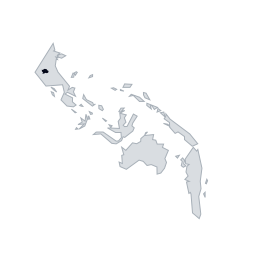 location of Yalimo, Papua, Indonesia, rotated 212°
{"feature_id": "22746128B10188501962211", "entity_name": "Yalimo", "entity_type": "district", "adm_level": 2, "iso_a3": "IDN", "parent_name": "Indonesia", "parent_adm1": "Papua", "projection": "orthographic", "projection_center": [139.502, -3.785], "detail": "fine", "context": "in_parent", "style": "filled", "palette": "ink", "viewbox_px": 256, "rotation_deg": 212, "n_neighbors": 0, "source": "geoboundaries", "source_scale": "gbopen_adm2", "svg_char_len": 4699}
<svg xmlns="http://www.w3.org/2000/svg" viewBox="0 0 256 256"><g transform="rotate(212 128 128)"><path d="M78.9,104.3L82.8,110.3L88.9,109.3L92.0,106.3L97.4,107.8L101.6,106.6L107.5,92.1L114.3,91.1L117.5,94.4L114.0,94.9L118.8,101.5L117.4,103.1L123.2,108.4L118.0,107.9L116.3,117.8L112.3,119.3L110.1,123.3L111.5,125.9L110.1,130.3L102.8,136.0L101.0,131.2L98.0,132.4L94.7,129.8L89.3,133.2L88.5,129.8L81.9,130.4L80.5,121.6L77.1,119.2L75.7,113.2L76.3,107.2L78.9,104.3ZM19.6,88.9L28.3,90.2L39.5,105.3L41.0,106.4L41.7,104.8L49.8,113.2L47.8,115.2L52.5,114.5L51.6,119.1L55.5,121.4L57.7,126.8L56.9,129.5L60.1,128.2L63.0,131.9L62.4,146.2L57.5,144.8L57.4,146.8L44.0,133.1L38.5,121.1L33.9,115.2L31.7,107.4L20.6,93.5L19.6,88.9ZM236.4,126.0L236.3,160.1L231.3,155.3L231.9,153.9L225.5,155.5L226.5,152.1L224.7,150.4L225.3,150.1L226.4,150.2L227.0,150.0L224.0,148.7L225.3,148.3L222.6,142.1L217.0,138.3L199.7,132.4L199.0,128.4L196.8,132.9L194.2,133.7L193.4,129.7L189.3,127.1L198.3,126.2L199.4,123.4L191.0,124.2L189.0,120.7L184.2,120.0L185.5,117.0L191.4,114.3L199.7,116.3L200.9,124.5L206.4,130.0L219.8,120.1L236.4,126.0ZM152.8,107.7L147.0,111.4L131.1,110.6L129.2,112.0L128.5,116.3L131.6,120.5L136.1,117.6L145.4,117.2L135.0,123.1L139.8,128.4L139.6,132.2L142.8,136.2L136.4,138.2L136.5,134.7L132.8,131.8L133.6,127.8L131.6,127.4L129.6,128.9L130.8,142.7L126.5,142.9L126.6,134.7L125.8,131.9L122.8,131.4L122.3,127.9L125.8,118.3L127.5,118.0L126.8,113.9L129.6,108.3L133.6,106.4L147.9,108.6L153.9,104.1L152.8,107.7ZM63.8,146.6L73.9,148.1L75.6,150.7L83.5,151.2L85.2,148.4L93.2,150.8L95.7,154.6L102.2,155.0L102.3,158.3L103.4,160.1L97.0,157.8L72.5,155.7L60.5,151.6L63.8,146.6ZM167.3,108.3L172.2,104.4L170.0,108.8L173.3,111.5L168.1,111.1L170.9,117.4L167.1,114.0L165.7,106.8L168.9,101.2L167.3,108.3ZM169.8,127.7L182.0,129.0L183.3,132.8L178.3,130.0L171.4,130.8L169.4,129.3L168.3,131.1L169.8,127.7ZM143.1,158.3L134.5,160.2L128.4,159.1L132.3,156.6L140.8,158.4L143.6,155.6L143.1,158.3ZM118.3,156.5L124.0,157.1L125.1,159.0L113.9,161.1L115.5,157.7L119.5,159.5L120.8,158.7L118.3,156.5ZM153.8,159.8L154.2,163.6L147.8,167.1L147.9,163.5L153.8,159.8ZM62.9,124.3L64.3,128.5L66.4,128.9L65.8,131.6L62.8,130.4L61.8,127.1L58.9,126.5L60.3,124.0L62.9,124.3ZM223.6,155.7L219.1,156.3L221.3,152.0L224.9,151.1L226.0,152.7L223.6,155.7ZM129.6,162.6L132.4,164.3L133.7,166.3L131.1,167.1L124.5,163.5L129.6,162.6ZM162.9,129.0L164.8,131.8L162.1,132.9L158.8,130.8L159.0,129.1L162.9,129.0ZM102.6,157.0L108.6,158.1L106.1,160.5L102.6,157.0ZM111.8,156.9L112.9,160.5L109.4,160.1L111.8,156.9ZM72.6,129.3L70.0,132.1L70.1,128.7L72.6,129.3ZM202.9,140.9L203.7,145.4L202.3,145.6L201.0,142.3L202.9,140.9ZM100.4,150.7L96.1,152.3L94.1,151.5L100.4,150.7ZM144.4,137.0L144.5,141.1L141.8,142.9L142.7,137.4L144.4,137.0ZM25.8,110.0L29.0,112.2L28.6,114.4L25.8,110.0ZM34.0,126.3L32.6,125.5L32.0,122.2L33.0,122.1L34.0,126.3ZM186.3,154.5L185.3,152.8L187.8,149.8L187.8,152.5L186.3,154.5ZM180.9,112.9L186.0,114.0L180.2,113.7L180.9,112.9ZM150.4,121.7L155.0,122.8L150.0,122.7L150.4,121.7ZM142.3,139.0L140.0,141.1L142.0,137.4L142.3,139.0ZM207.1,115.8L209.7,116.1L212.3,118.1L209.8,118.5L207.1,115.8ZM163.1,153.0L161.5,154.5L158.1,154.8L158.9,153.1L163.1,153.0ZM202.8,146.2L201.7,148.3L200.5,148.3L200.6,144.9L202.8,146.2ZM169.5,121.4L166.4,121.8L165.6,121.1L166.9,119.7L169.5,121.4ZM207.5,120.7L211.4,121.0L215.0,121.8L211.5,122.3L207.5,120.7ZM142.8,119.3L145.8,120.7L142.7,121.5L142.8,119.3ZM171.9,101.0L169.8,100.7L171.8,99.1L171.9,101.0ZM151.0,157.1L154.3,155.8L154.8,156.6L151.0,157.1ZM180.9,121.4L180.3,123.3L177.7,122.4L179.0,121.8L180.9,121.4ZM110.5,133.6L109.3,135.0L110.2,131.0L110.5,133.6ZM166.4,114.4L168.1,116.9L167.5,117.3L165.1,115.4L166.4,114.4Z" fill="#d9dde1" stroke="#a8b0b8" stroke-width="1"/><path d="M228.5,130.4L228.4,130.5L228.3,130.8L228.2,131.0L228.1,131.3L227.9,131.4L227.8,131.5L227.7,131.6L227.5,131.8L227.5,132.0L227.4,132.0L227.2,132.0L227.0,131.9L226.9,131.9L226.8,132.0L226.7,132.0L226.4,132.1L226.2,132.3L226.2,132.5L226.3,132.8L226.2,132.8L225.9,132.9L225.9,133.0L226.0,133.0L226.1,133.3L226.2,133.5L226.4,133.5L226.5,133.5L226.6,133.4L226.8,133.4L227.1,133.3L227.3,133.4L227.5,133.5L227.8,133.7L227.9,133.8L228.1,133.9L228.4,133.8L228.6,133.7L228.8,133.7L229.0,133.6L229.3,133.5L229.4,133.4L229.5,133.4L229.7,133.2L229.8,133.0L229.8,132.9L230.0,132.5L230.1,132.3L230.3,132.0L230.4,131.8L230.7,131.4L230.7,131.2L230.4,131.1L230.2,131.1L230.3,131.1L230.2,131.0L230.0,130.9L229.9,130.9L229.7,130.9L229.6,131.0L229.5,130.9L229.4,130.9L229.3,131.0L229.3,130.9L229.2,130.9L229.2,130.7L229.3,130.7L229.2,130.7L229.0,130.8L228.9,130.9L228.7,130.8L228.7,130.7L228.6,130.8L228.5,130.7L228.5,130.4L228.5,130.4Z" fill="#0f172a" stroke="#020617" stroke-width="1.5"/></g></svg>